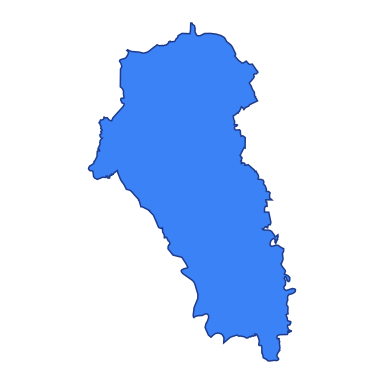 outline of Tlacotalpan, Veracruz, Mexico
{"feature_id": "50627088B74456725594812", "entity_name": "Tlacotalpan", "entity_type": "district", "adm_level": 2, "iso_a3": "MEX", "parent_name": "Mexico", "parent_adm1": "Veracruz", "projection": "robinson", "projection_center": [-95.611, 18.521], "detail": "fine", "context": "isolated", "style": "filled", "palette": "blue", "viewbox_px": 384, "rotation_deg": 0, "n_neighbors": 0, "source": "geoboundaries", "source_scale": "gbopen_adm2", "svg_char_len": 6009}
<svg xmlns="http://www.w3.org/2000/svg" viewBox="0 0 384 384"><path d="M126.4,189.3L129.5,190.1L131.4,191.3L134.5,195.0L138.8,199.6L138.6,200.1L139.5,201.6L140.9,206.8L142.3,206.8L149.1,210.3L148.8,210.4L153.5,215.3L158.7,227.5L161.6,228.6L162.2,227.8L162.7,228.3L162.5,230.2L162.8,232.2L164.3,235.1L164.3,237.8L164.9,237.9L165.5,237.3L166.6,237.4L168.2,240.8L169.2,241.5L169.7,242.8L169.9,244.2L169.5,244.6L169.0,244.7L168.2,246.1L168.0,248.8L173.0,255.1L181.9,257.3L186.2,264.0L187.8,267.2L187.6,267.8L183.9,268.8L182.0,269.7L181.2,270.6L181.4,271.8L182.8,273.6L191.8,279.9L193.7,281.7L194.8,283.8L197.9,294.3L197.8,298.5L194.1,307.6L193.2,315.1L193.4,317.0L193.9,317.5L194.0,317.3L195.8,316.2L198.8,315.6L202.1,315.5L205.4,313.9L207.1,314.0L207.8,314.5L208.4,315.3L208.7,317.4L207.4,321.2L206.0,323.6L205.1,327.5L208.4,335.0L211.0,337.2L213.3,335.0L215.2,333.6L218.0,333.0L220.8,333.7L222.3,334.7L223.7,337.1L224.0,338.2L223.7,342.9L230.4,337.2L236.9,335.0L238.8,336.2L240.3,336.0L244.4,336.8L246.4,338.0L247.9,337.9L249.5,336.6L250.3,336.5L250.6,336.9L252.6,335.6L253.0,336.2L253.5,336.1L254.7,335.5L255.5,335.5L255.4,334.8L254.9,334.1L256.6,334.2L257.8,336.2L259.3,340.6L258.7,345.0L259.8,345.6L261.2,345.4L261.7,346.7L261.9,348.8L261.8,351.3L262.3,352.2L261.8,352.9L262.9,355.0L263.1,357.3L263.4,357.8L266.6,359.5L267.7,360.7L269.4,361.0L274.5,360.3L276.6,360.6L278.0,360.0L278.6,359.3L278.6,358.6L277.1,356.8L276.9,354.8L278.1,352.5L279.5,350.6L279.2,350.6L279.8,348.6L279.9,347.5L279.3,342.7L279.7,341.5L279.1,340.4L279.2,338.6L278.8,338.4L277.6,339.0L277.2,338.7L276.9,337.9L277.2,336.2L277.5,335.6L279.6,334.7L287.2,334.5L287.7,333.8L288.1,332.2L287.7,331.5L288.0,331.1L289.1,332.3L289.6,332.2L290.0,331.6L291.2,331.4L291.3,330.9L288.8,329.8L288.0,328.5L287.4,325.9L287.8,325.0L289.2,325.1L290.0,324.7L290.5,322.9L290.8,322.8L290.8,321.9L290.4,321.5L287.9,320.8L287.4,320.2L287.3,318.2L286.1,315.1L286.2,314.4L288.1,313.8L287.8,311.6L288.0,307.6L287.9,306.6L286.6,305.0L286.6,303.9L287.1,301.4L287.8,300.1L287.5,298.4L287.7,296.0L289.3,294.3L291.7,293.9L294.3,292.5L295.1,291.7L295.5,289.8L295.4,289.4L293.9,288.7L292.4,288.5L286.1,290.5L284.3,289.2L283.8,287.6L283.8,287.0L285.3,285.1L285.5,283.8L285.6,280.8L284.5,279.1L284.3,278.2L284.6,277.3L285.1,276.6L285.6,276.7L287.6,281.0L288.5,281.6L289.1,281.4L289.7,280.4L289.8,277.5L288.0,275.7L284.3,273.9L285.4,271.4L285.2,270.4L281.8,265.9L281.0,263.8L281.4,263.5L282.9,259.9L283.0,258.4L282.4,253.6L283.6,251.3L283.7,248.7L281.5,247.7L278.0,245.3L276.0,245.2L271.9,246.4L270.5,245.6L269.9,244.3L270.8,241.0L272.0,239.5L273.4,238.6L274.2,238.7L275.2,239.6L274.9,241.3L275.1,242.5L275.7,243.3L276.5,241.7L276.5,241.0L277.0,240.5L277.0,239.8L277.6,239.5L277.4,238.7L278.1,236.6L277.9,234.8L275.1,237.0L273.9,234.5L271.6,231.4L269.8,230.4L268.4,230.1L263.4,230.0L262.4,228.9L263.7,228.6L265.5,226.6L266.2,226.7L266.5,227.4L267.6,227.9L268.2,225.2L268.9,224.7L270.3,224.7L270.9,222.5L268.8,212.2L264.5,212.1L264.5,208.4L265.4,206.3L267.1,206.3L266.8,202.0L266.0,201.9L265.9,199.8L271.9,199.9L269.6,197.9L269.6,194.7L270.1,192.8L268.5,191.4L266.8,191.6L266.3,191.3L266.4,189.0L265.0,185.5L264.0,184.6L263.5,183.6L263.9,181.9L263.1,180.2L261.0,179.4L258.2,179.2L258.1,178.4L258.6,176.9L258.3,175.3L255.9,171.1L255.1,171.7L254.2,169.9L248.2,164.7L244.9,165.4L244.9,163.7L244.2,163.1L242.8,162.8L241.8,163.5L241.3,163.5L241.5,161.8L240.7,161.0L241.5,160.3L241.5,159.0L242.1,158.0L241.8,157.4L241.0,157.2L240.8,156.0L240.0,155.5L244.0,147.7L245.1,148.1L245.2,137.5L242.9,135.9L242.2,135.8L241.1,136.3L240.4,133.4L240.4,131.1L239.6,129.8L236.6,130.1L235.4,129.8L234.6,129.0L234.5,127.2L234.8,126.8L235.0,126.4L236.5,126.2L237.4,125.0L237.0,124.6L234.2,124.6L234.7,121.5L233.8,119.6L233.4,117.7L233.4,115.7L235.3,114.7L237.9,112.5L238.5,113.6L238.2,112.3L239.5,111.3L240.0,109.8L240.8,108.6L241.3,106.8L242.7,107.7L243.9,109.6L245.6,107.5L248.6,106.2L249.6,104.7L257.5,100.9L256.1,98.3L255.4,97.9L255.6,96.8L254.7,96.1L254.3,92.2L252.5,89.6L251.1,85.9L249.4,83.4L249.5,82.6L251.2,80.9L253.8,77.7L254.2,76.4L253.8,75.8L253.8,74.4L254.7,73.9L256.4,73.8L257.9,72.3L257.4,71.1L256.6,70.4L252.3,64.1L250.2,64.4L248.9,64.1L246.2,61.1L243.5,62.8L242.2,63.1L238.4,60.3L234.7,55.9L235.6,54.9L235.5,53.6L232.3,46.9L230.8,44.9L226.6,41.5L224.9,38.3L224.0,37.3L221.1,35.6L216.1,34.1L210.5,33.4L204.6,33.5L200.2,35.7L198.2,35.8L196.6,35.2L195.0,31.8L195.1,28.3L194.4,25.7L192.5,24.3L192.1,23.2L191.4,23.0L190.7,23.1L190.5,30.0L189.9,33.7L182.1,33.4L178.2,35.6L177.4,37.9L176.3,38.6L174.7,41.5L170.2,41.8L170.0,41.2L168.7,41.9L168.5,43.0L166.3,45.0L164.6,45.2L163.1,45.8L162.3,45.4L159.6,45.8L157.0,44.8L155.3,46.4L154.2,47.0L148.8,51.3L146.4,52.5L143.3,53.2L139.6,52.2L131.1,51.4L127.6,49.8L126.8,50.5L128.3,51.6L128.4,52.9L127.9,54.5L126.3,57.2L125.1,58.3L120.7,59.6L120.1,59.9L119.5,60.9L119.8,61.7L121.0,63.4L121.8,66.8L120.5,69.1L120.3,86.8L122.1,88.3L123.2,90.1L123.5,91.3L123.4,93.8L123.9,96.3L123.9,98.0L121.2,98.3L120.7,99.2L120.8,100.2L122.0,102.9L123.5,103.4L124.1,103.9L124.1,104.9L122.7,107.0L112.9,117.9L111.7,120.7L111.2,120.9L108.9,119.8L107.2,117.7L105.6,117.9L104.8,117.7L104.5,117.2L103.9,117.2L103.8,118.8L103.3,119.3L101.7,120.1L100.6,119.9L100.4,120.2L99.9,121.5L99.5,121.9L99.7,122.6L99.1,122.9L100.2,124.2L100.3,125.2L101.2,126.7L100.7,128.6L101.9,129.6L102.1,130.5L100.7,131.4L100.8,131.9L101.4,132.5L101.5,133.7L100.1,134.3L99.9,135.1L100.2,136.7L101.6,137.9L101.4,138.8L101.7,138.7L100.3,140.3L99.8,142.5L100.1,144.1L97.9,149.0L99.3,149.6L99.5,151.0L97.9,150.7L97.3,151.2L97.0,155.4L97.3,155.9L94.9,160.8L94.3,161.1L93.9,161.8L94.1,162.8L92.8,164.2L89.6,166.1L88.7,167.8L88.5,169.0L89.7,170.5L90.4,170.8L92.1,170.7L92.9,171.2L93.6,176.6L94.6,177.9L97.3,179.4L102.4,177.3L106.1,177.4L106.2,176.2L107.2,176.0L107.2,176.8L108.1,176.7L107.9,178.0L109.5,178.1L110.0,176.4L109.8,175.5L111.7,175.3L111.4,174.2L113.3,174.3L113.7,173.3L117.3,170.5L117.8,172.8L120.7,179.9L124.1,184.8L126.4,189.3Z" fill="#3b82f6" stroke="#1e3a8a" stroke-width="1.5"/></svg>